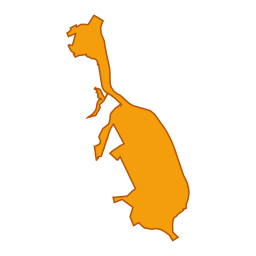 Kalnciema pag., Jelgava, Latvia
{"feature_id": "27541924B33017162899558", "entity_name": "Kalnciema pag.", "entity_type": "district", "adm_level": 2, "iso_a3": "LVA", "parent_name": "Latvia", "parent_adm1": "Jelgava", "projection": "orthographic", "projection_center": [23.587, 56.795], "detail": "fine", "context": "isolated", "style": "filled", "palette": "amber", "viewbox_px": 256, "rotation_deg": 0, "n_neighbors": 0, "source": "geoboundaries", "source_scale": "gbopen_adm2", "svg_char_len": 5291}
<svg xmlns="http://www.w3.org/2000/svg" viewBox="0 0 256 256"><path d="M96.4,160.1L96.6,160.1L97.1,158.7L98.4,158.5L98.0,156.9L101.2,156.3L101.8,154.5L102.3,153.0L102.7,151.8L103.3,150.2L103.8,148.9L104.2,147.6L104.8,145.3L105.7,143.0L106.3,140.8L107.1,139.5L107.6,137.9L107.9,136.4L108.4,134.5L108.9,133.0L109.4,131.6L110.0,130.1L111.2,127.5L112.2,125.9L113.4,124.1L113.5,124.1L114.6,126.3L118.7,133.8L120.3,136.9L124.0,143.7L124.0,143.8L121.2,145.2L119.9,146.0L117.9,147.4L114.6,149.5L112.4,151.0L111.9,151.4L111.4,151.9L110.7,152.5L109.9,153.3L116.7,159.6L117.2,160.1L118.1,159.6L120.1,156.6L123.8,164.4L127.3,171.6L131.4,180.3L135.5,188.7L135.5,188.8L132.1,191.3L131.1,192.3L129.9,193.5L128.6,194.7L127.3,196.0L126.8,196.5L126.6,196.7L126.2,196.3L126.1,196.2L122.4,196.6L121.4,196.7L117.7,197.0L114.7,197.3L113.4,197.3L113.1,197.3L114.4,202.5L122.3,199.4L126.1,202.4L126.9,202.8L127.1,203.0L128.1,203.7L128.4,204.0L130.9,205.8L132.9,207.4L131.2,213.0L130.1,216.7L133.5,225.4L133.6,225.6L135.3,224.7L135.5,224.6L136.5,223.9L138.6,222.7L142.2,226.0L144.1,227.7L146.7,228.3L147.9,228.5L151.0,229.1L151.4,229.2L152.0,229.1L154.0,228.8L156.0,228.6L160.7,229.5L164.6,231.6L169.2,235.0L170.0,235.9L170.0,236.0L170.3,236.3L170.2,236.4L170.2,236.6L170.3,236.8L172.8,240.6L174.1,239.8L178.0,237.2L177.6,236.8L177.0,236.3L175.9,235.2L175.7,235.0L173.6,233.0L173.5,232.9L173.1,232.5L172.8,232.2L172.8,231.2L172.7,230.4L172.7,229.9L172.7,229.4L172.7,228.4L172.5,225.9L172.6,224.5L172.8,222.7L173.1,220.3L173.3,219.5L173.6,218.8L174.0,218.1L174.4,217.5L174.7,217.3L176.0,216.5L176.5,216.1L176.7,215.7L177.2,215.1L177.5,214.7L178.2,214.1L178.5,213.9L179.2,213.3L179.6,213.1L180.2,212.7L181.4,211.7L182.4,211.1L183.1,210.2L182.9,209.9L183.4,209.2L183.6,209.6L183.8,209.3L183.8,209.1L183.9,208.9L184.0,208.8L184.1,208.7L184.3,208.8L184.3,209.0L184.5,209.0L184.8,209.0L186.4,207.9L186.2,207.6L186.0,206.5L186.2,205.0L186.6,203.3L187.4,201.0L188.0,199.4L188.5,196.7L188.7,195.2L188.9,193.2L189.0,191.5L188.8,190.3L188.3,187.2L188.0,186.2L187.2,183.2L186.4,181.1L185.4,179.1L184.4,177.0L183.4,175.0L182.6,172.6L181.7,170.1L180.6,166.8L179.4,163.2L178.1,159.3L177.6,157.9L176.6,155.0L175.8,152.4L174.7,149.1L173.2,145.4L172.1,142.6L171.7,141.6L170.7,139.5L169.6,137.1L167.2,132.7L165.2,129.3L162.5,125.4L159.7,121.5L158.5,119.7L157.0,117.4L155.2,115.2L154.2,113.9L153.5,113.4L151.9,112.0L150.1,110.7L149.5,110.5L146.1,109.4L140.5,107.8L136.3,106.6L134.1,106.0L131.5,104.8L128.8,103.1L120.6,95.6L120.2,95.3L117.8,94.2L115.9,92.8L113.6,91.0L111.2,87.3L110.1,83.2L110.1,82.4L110.0,77.0L109.8,70.4L109.4,67.4L108.3,62.3L106.9,56.1L105.9,51.0L104.9,45.9L104.6,43.8L104.4,41.7L103.7,39.6L102.3,36.3L101.2,33.7L100.9,30.8L100.6,27.8L101.7,24.2L102.0,23.2L103.1,20.9L100.5,19.2L100.2,19.0L95.0,15.9L94.0,15.4L92.7,17.3L92.6,17.6L89.9,21.8L88.4,24.1L88.1,24.7L86.8,24.7L86.3,24.5L85.4,24.4L84.1,24.4L82.7,24.3L80.7,24.5L76.7,27.0L76.2,25.0L70.4,28.0L71.0,29.6L70.3,30.4L68.8,32.0L68.0,32.5L67.0,33.0L68.2,36.0L68.5,36.6L68.8,36.4L70.4,35.7L72.7,34.6L72.8,34.6L75.5,33.5L74.3,38.8L73.6,41.1L73.5,41.6L72.5,45.0L72.1,45.3L71.5,45.3L70.9,45.2L70.3,45.0L69.8,44.9L69.2,44.6L68.5,45.7L68.4,45.8L68.6,46.0L68.7,46.4L70.5,50.0L71.1,50.9L71.8,51.5L73.1,52.5L73.9,53.1L74.3,53.4L74.6,53.9L73.6,54.4L73.9,54.7L74.0,55.0L74.8,56.1L75.3,57.1L76.7,56.5L78.2,55.8L78.2,55.6L85.6,54.6L86.0,54.3L86.2,54.6L86.3,54.7L86.0,55.2L87.4,56.7L89.7,57.1L90.9,58.3L92.5,58.7L93.2,58.6L94.3,58.7L94.9,59.0L95.9,59.6L96.8,60.5L97.2,61.4L97.4,62.0L97.7,64.0L97.6,64.8L98.1,64.7L98.6,64.6L98.8,66.1L99.0,67.2L99.1,68.3L99.5,70.5L99.7,71.8L99.9,72.6L100.1,74.3L100.4,75.7L100.6,77.6L100.9,79.2L101.3,81.8L101.5,82.8L101.6,83.6L101.7,84.4L101.9,85.2L102.0,86.1L102.4,87.2L103.0,88.7L103.6,89.7L104.3,90.6L105.3,91.6L106.3,92.5L107.6,93.3L110.3,94.8L111.5,95.4L112.4,95.9L112.2,96.3L113.9,97.4L114.8,98.0L117.7,100.9L119.4,102.4L121.6,104.6L121.4,104.8L120.4,105.8L119.6,104.9L118.4,106.1L117.6,106.9L117.1,107.0L116.5,107.4L115.7,107.9L114.3,109.3L113.8,110.0L111.6,112.4L110.9,113.4L110.6,113.9L110.5,114.5L110.4,115.6L110.2,116.1L110.0,116.9L110.1,117.2L110.2,117.9L110.0,119.1L109.3,121.9L109.2,122.5L109.0,123.4L108.9,123.7L108.6,124.0L108.1,124.5L107.1,125.3L105.8,126.3L105.4,126.6L103.8,127.9L103.6,128.0L102.7,128.9L102.3,129.8L101.7,130.9L101.4,131.5L101.0,132.4L100.5,133.3L100.2,133.8L99.5,135.2L99.3,135.6L99.0,136.5L98.9,137.2L99.6,138.6L100.0,139.5L100.5,140.6L100.4,141.3L100.1,142.9L100.0,143.3L99.8,143.7L99.5,144.0L99.1,144.2L97.7,145.1L95.6,146.1L95.4,146.3L94.8,146.3L94.4,146.2L94.6,147.9L94.8,149.0L95.1,150.6L95.3,151.8L95.3,152.3L95.4,152.5L95.4,154.0L95.5,154.8L96.4,160.1ZM101.5,99.6L101.4,99.6L99.3,99.0L97.2,103.0L96.4,107.7L95.7,110.1L93.8,112.6L93.0,113.7L92.6,114.1L87.8,117.4L87.6,117.6L93.4,116.0L95.3,115.5L95.6,115.6L95.9,115.1L96.9,113.3L98.3,110.9L98.7,110.2L99.8,108.3L99.9,108.0L100.2,107.5L100.2,107.4L99.9,106.7L99.3,105.8L99.2,105.7L99.4,105.8L99.9,104.4L103.0,101.6L103.6,101.1L103.9,100.7L105.5,97.7L107.6,93.9L107.2,93.6L107.0,94.2L105.9,96.4L105.2,97.6L104.2,97.2L103.8,96.8L103.4,96.1L102.3,93.9L101.5,92.4L101.2,91.6L100.2,89.6L98.3,88.5L96.8,88.6L95.3,87.6L94.5,88.8L97.4,90.9L96.3,92.4L97.6,93.0L98.0,97.3L98.9,97.8L101.4,99.2L101.5,99.6Z" fill="#f59e0b" stroke="#b45309" stroke-width="1.5"/></svg>